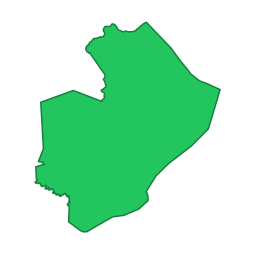 San Esteban, Olancho, Honduras (orthographic projection), rotated 4°
{"feature_id": "27666195B69653705101844", "entity_name": "San Esteban", "entity_type": "district", "adm_level": 2, "iso_a3": "HND", "parent_name": "Honduras", "parent_adm1": "Olancho", "projection": "orthographic", "projection_center": [-85.837, 15.313], "detail": "fine", "context": "isolated", "style": "filled", "palette": "green", "viewbox_px": 256, "rotation_deg": 4, "n_neighbors": 0, "source": "geoboundaries", "source_scale": "gbopen_adm2", "svg_char_len": 5241}
<svg xmlns="http://www.w3.org/2000/svg" viewBox="0 0 256 256"><g transform="rotate(4 128 128)"><path d="M139.0,21.3L137.2,22.2L135.6,23.4L135.1,24.0L134.6,24.5L133.0,26.0L132.4,26.7L131.6,27.6L130.9,28.2L129.9,28.9L129.5,29.4L128.9,30.1L128.6,30.4L128.3,30.6L127.7,30.8L127.2,31.1L126.0,31.6L125.7,31.7L124.0,31.8L122.5,31.9L122.0,32.1L121.8,32.1L121.0,32.0L120.1,31.7L119.6,31.5L119.3,31.4L118.7,31.6L117.5,32.2L117.2,32.3L116.6,32.4L115.4,32.0L114.2,31.7L113.1,31.3L112.0,31.1L111.6,30.9L111.1,30.5L111.0,30.4L110.8,30.1L110.6,29.6L110.4,29.1L109.6,28.0L109.3,27.4L108.7,27.1L108.5,26.9L107.9,26.0L107.7,25.9L107.3,25.7L106.4,25.4L106.0,25.3L105.1,25.3L104.9,25.3L104.7,25.5L104.0,26.9L103.2,27.6L102.7,28.0L102.2,28.1L101.7,28.2L100.6,28.1L100.0,28.1L98.8,28.3L98.1,28.5L97.8,28.7L97.2,29.7L96.7,30.9L96.5,31.5L96.6,32.2L96.8,32.9L97.2,33.5L97.7,34.1L98.0,34.5L98.1,34.9L98.2,35.2L98.2,35.6L98.1,35.9L97.8,36.9L97.6,37.4L97.0,38.2L96.8,38.4L96.5,38.7L96.1,38.9L95.9,39.0L95.5,39.0L94.3,39.1L93.4,39.2L93.1,39.3L92.8,39.7L92.5,39.8L91.6,40.1L90.5,40.6L90.2,40.8L89.8,40.8L88.3,41.0L88.0,41.0L87.9,41.1L87.5,41.4L87.1,41.8L86.3,42.8L86.0,43.2L85.6,44.0L85.3,44.4L84.9,44.6L83.9,45.2L83.5,45.5L83.4,45.9L83.5,46.8L83.5,47.2L83.4,47.4L83.2,47.5L82.7,47.8L81.8,48.3L81.6,48.5L81.3,49.1L80.5,50.9L80.6,51.0L80.4,51.8L80.4,52.3L80.4,52.5L80.5,52.7L81.1,53.7L81.4,54.3L81.6,54.5L82.1,54.8L82.5,55.1L83.0,55.2L83.3,55.2L83.4,55.3L83.5,55.6L83.5,55.8L83.7,55.7L83.9,55.6L84.1,55.6L84.3,55.7L84.7,56.1L84.8,56.1L85.0,56.0L85.2,56.6L85.3,56.8L85.7,57.1L85.8,57.3L101.6,76.8L101.4,77.2L101.4,77.9L101.3,79.4L100.8,80.1L100.1,80.7L100.0,80.9L100.0,81.1L100.1,81.3L100.3,81.7L101.2,82.7L101.4,83.0L101.6,83.5L102.2,84.7L102.3,85.7L103.0,86.6L103.0,86.9L103.0,87.4L102.8,88.6L102.7,88.9L102.4,89.2L101.3,90.2L100.9,90.5L100.5,90.9L100.1,91.2L99.0,91.8L98.8,92.1L98.7,92.4L98.8,92.7L98.9,93.0L99.6,93.6L100.0,93.8L101.7,94.7L101.9,94.8L102.0,95.0L102.2,95.5L102.2,96.2L102.1,96.7L101.8,97.6L101.8,97.8L101.8,98.0L102.4,98.6L102.4,98.8L102.4,99.0L102.4,99.3L102.3,99.6L102.2,99.9L101.9,100.2L100.7,101.4L100.2,101.8L100.0,102.1L99.9,102.4L100.1,103.1L100.1,103.3L70.8,94.4L39.2,108.4L40.7,120.4L45.1,154.4L41.0,167.7L45.2,168.1L45.1,168.4L45.3,168.7L45.8,169.1L46.7,169.7L46.9,169.8L47.1,170.0L38.8,173.1L40.0,183.8L40.0,184.4L40.1,185.0L40.3,185.2L40.8,185.8L41.2,186.1L41.3,186.2L41.2,186.3L41.1,186.5L40.3,187.0L39.9,187.8L39.3,188.3L39.2,188.6L39.2,188.9L39.4,189.0L39.6,189.2L40.0,189.2L40.4,189.2L41.0,189.6L41.3,189.2L41.5,188.9L42.0,188.9L42.3,189.0L42.6,189.3L42.9,189.6L43.1,189.7L43.4,189.6L43.9,189.5L44.2,189.5L44.4,189.5L44.5,189.6L44.6,189.8L44.7,190.0L44.8,190.7L44.9,190.9L45.1,191.0L45.7,191.4L45.6,191.9L45.6,192.1L46.0,192.1L46.3,192.2L46.5,192.3L46.8,192.4L47.4,191.8L47.7,191.6L47.8,191.6L48.5,191.8L49.2,191.6L49.9,191.0L50.1,190.9L50.2,191.0L50.4,191.1L50.5,191.6L50.5,192.1L50.4,192.6L50.2,192.9L49.6,193.6L49.4,193.9L49.5,194.0L49.8,194.3L50.4,194.4L51.3,194.6L51.5,194.5L52.1,194.4L52.4,194.3L52.6,194.1L52.6,193.8L52.3,193.0L52.5,192.9L52.8,192.8L53.1,192.9L53.2,193.0L53.2,193.3L53.2,193.5L53.4,194.0L53.5,194.4L53.5,195.1L53.5,195.3L54.0,195.4L54.3,195.3L54.4,195.2L54.7,194.6L54.9,194.5L55.3,194.5L55.7,194.6L56.0,194.8L56.3,194.7L56.4,194.3L56.5,194.1L57.0,194.1L57.4,194.5L57.5,194.6L57.9,195.4L58.3,196.2L58.5,196.4L58.8,196.4L58.9,196.5L58.7,197.0L57.6,197.3L57.5,197.6L57.4,197.7L57.5,197.9L57.6,198.1L57.9,198.4L58.1,198.4L58.5,198.2L58.7,197.7L58.9,197.6L59.1,197.6L60.2,198.6L60.6,199.3L61.3,199.8L61.5,199.7L61.6,199.2L61.8,198.9L62.0,198.7L62.4,199.2L62.6,199.2L63.1,199.2L63.2,199.3L63.2,199.6L63.3,199.7L63.4,199.8L63.6,199.8L63.8,199.6L63.8,199.4L64.0,199.3L64.3,199.4L64.3,199.5L64.3,200.1L64.4,200.4L64.7,200.6L65.0,200.9L65.4,200.9L65.8,200.7L66.1,200.4L66.1,200.2L66.0,199.5L66.1,199.4L66.4,199.3L66.7,199.3L67.1,199.4L67.4,199.4L67.7,199.4L68.4,198.6L68.9,198.3L69.5,197.7L69.8,197.6L70.0,197.6L70.2,197.8L70.2,198.0L70.2,198.5L70.5,198.9L70.6,199.0L70.8,199.1L71.3,199.1L71.5,199.3L71.8,199.9L72.0,200.8L72.3,200.9L72.7,200.7L72.8,200.5L73.1,199.6L73.3,199.6L73.5,199.6L73.6,200.2L74.1,200.7L74.1,200.9L74.0,201.3L73.9,201.5L74.1,201.8L74.1,202.3L74.2,202.7L74.4,202.8L74.6,203.0L74.4,203.4L74.3,203.5L74.2,204.4L74.2,204.8L74.5,204.7L74.6,204.8L74.8,205.1L74.8,205.7L74.8,205.9L74.7,206.0L74.8,206.1L75.1,206.3L75.1,206.5L74.5,206.4L74.2,206.7L73.8,206.8L73.7,206.9L73.8,207.1L74.0,207.4L73.8,207.7L74.0,208.1L73.9,208.3L73.7,208.4L73.1,208.3L72.9,208.3L72.8,208.6L72.9,208.8L73.0,209.0L73.3,209.2L73.6,209.3L73.7,209.6L74.0,209.9L74.5,210.2L74.9,210.3L75.3,225.8L87.9,233.8L88.8,234.0L89.7,234.5L90.8,234.6L91.3,234.7L92.2,234.6L92.6,234.6L92.8,234.6L93.1,234.4L93.4,234.3L93.6,234.3L94.1,234.4L110.9,223.0L118.9,217.7L130.0,215.4L144.6,208.0L150.8,201.3L151.1,201.1L151.3,201.0L151.7,200.8L152.1,200.1L152.7,199.5L153.0,198.9L153.1,198.5L153.1,198.0L153.0,197.7L152.7,197.1L152.7,195.7L152.5,194.4L152.4,193.9L151.8,192.4L151.1,191.1L150.8,190.6L150.6,190.3L159.2,173.9L171.0,160.6L192.4,141.6L208.1,123.4L208.9,120.3L217.2,83.3L201.9,77.6L198.6,76.9L195.1,75.4L187.5,70.2L186.0,68.7L183.1,65.3L179.8,61.9L175.6,57.4L165.3,45.2L139.0,21.3Z" fill="#22c55e" stroke="#15803d" stroke-width="1.5"/></g></svg>